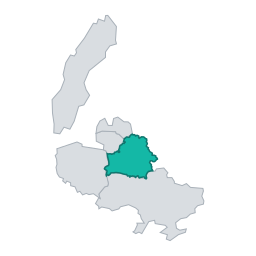 Belarus and the surrounding countries
{"feature_id": "BLR", "entity_name": "Belarus", "entity_type": "country or territory", "adm_level": 0, "iso_a3": "BLR", "parent_name": "Europe", "parent_adm1": "", "projection": "orthographic", "projection_center": [28.129, 53.705], "detail": "fine", "context": "with_neighbors", "style": "filled", "palette": "teal", "viewbox_px": 256, "rotation_deg": 0, "n_neighbors": 5, "source": "natural_earth", "source_scale": "50m", "svg_char_len": 6281}
<svg xmlns="http://www.w3.org/2000/svg" viewBox="0 0 256 256"><path d="M52.1,99.6L60.7,89.7L64.6,79.6L63.1,74.5L65.8,62.7L70.5,55.0L74.3,56.0L76.5,52.8L75.8,49.5L84.4,38.2L93.4,23.2L96.7,23.8L98.4,19.0L104.5,21.2L105.7,15.5L107.8,15.4L116.4,26.5L115.5,40.3L116.5,43.9L109.8,45.9L105.5,51.9L105.5,57.4L89.2,70.6L84.0,82.8L86.1,89.7L89.6,95.3L83.9,104.9L78.7,106.3L74.2,121.2L69.9,129.2L64.0,127.2L59.8,133.8L53.8,132.9L54.1,124.1L52.5,113.0L52.1,99.6Z" fill="#d9dde1" stroke="#a8b0b8" stroke-width="1"/><path d="M176.5,228.3L179.8,230.2L186.3,228.9L185.4,232.3L178.5,234.6L170.1,240.6L166.3,239.1L167.4,234.7L160.2,232.5L167.2,227.3L165.2,225.3L155.2,223.6L154.6,220.3L148.8,221.6L141.8,233.6L138.9,232.1L135.8,233.6L133.0,231.9L134.6,230.9L137.4,224.9L136.9,223.2L144.3,223.2L141.3,218.7L140.3,214.9L138.0,213.4L138.4,210.3L135.6,207.9L128.6,204.7L120.4,206.8L118.8,208.9L112.1,210.9L109.4,208.6L101.7,207.0L98.9,208.8L98.7,206.3L95.5,203.6L98.8,197.7L100.0,198.4L98.8,194.1L104.7,186.9L107.7,186.0L108.4,183.5L106.0,175.3L108.8,175.1L112.0,172.8L122.1,173.7L135.1,177.5L137.2,175.9L138.7,178.0L146.2,178.3L146.4,173.7L148.1,171.6L155.1,171.1L156.4,168.9L163.8,168.0L167.9,172.8L166.6,174.8L167.3,177.6L171.9,177.6L174.3,181.4L174.4,183.2L182.1,185.6L186.4,183.6L190.5,187.4L202.9,188.4L203.4,191.0L201.8,196.2L203.9,200.9L203.4,204.1L197.6,205.7L194.8,208.7L195.2,212.7L190.3,214.1L186.5,217.6L180.7,218.7L175.6,222.7L176.5,228.3Z" fill="#d9dde1" stroke="#a8b0b8" stroke-width="1"/><path d="M107.1,153.9L107.1,158.0L108.4,161.5L108.2,165.2L104.7,166.9L108.4,183.5L107.7,186.0L104.7,186.9L98.8,194.1L100.0,198.4L93.4,193.7L89.0,194.6L86.3,193.4L82.6,194.9L79.9,191.3L77.4,192.3L75.0,186.8L70.7,185.7L70.6,182.7L66.8,181.1L65.6,183.3L62.7,180.9L63.5,178.5L59.4,177.0L57.2,173.5L56.0,167.3L57.0,164.3L56.6,159.2L55.2,155.6L57.2,153.5L56.9,148.7L77.0,142.0L82.0,144.2L82.1,146.5L103.4,149.8L106.0,151.0L107.1,153.9Z" fill="#d9dde1" stroke="#a8b0b8" stroke-width="1"/><path d="M123.8,138.9L124.2,143.1L119.8,145.9L118.4,151.0L112.4,154.2L107.1,153.9L106.0,151.0L103.4,149.8L103.9,144.9L96.3,141.2L96.0,133.4L102.1,131.1L115.6,131.7L116.3,133.6L119.0,134.3L123.8,138.9Z" fill="#d9dde1" stroke="#a8b0b8" stroke-width="1"/><path d="M128.1,121.9L130.5,124.1L132.5,134.0L123.8,138.9L119.0,134.3L116.3,133.6L115.6,131.7L102.1,131.1L96.0,133.4L96.9,126.6L99.9,121.0L104.8,118.3L108.2,125.4L112.2,125.5L113.6,118.5L117.8,117.1L124.0,121.8L128.1,121.9Z" fill="#d9dde1" stroke="#a8b0b8" stroke-width="1"/><path d="M152.8,170.8L151.7,170.8L150.4,170.9L149.7,171.4L149.0,171.2L148.4,171.5L147.7,172.4L147.2,173.0L146.7,173.7L146.6,174.2L146.3,174.9L146.0,175.8L146.2,176.4L146.4,176.9L146.5,177.5L146.7,178.0L146.4,178.3L146.2,178.8L145.6,178.7L144.9,178.3L144.8,177.6L144.3,177.2L143.9,176.9L143.4,176.9L142.5,177.1L141.3,177.3L140.4,177.4L140.0,177.7L139.3,177.9L139.0,177.6L138.6,176.9L138.3,176.1L138.0,175.8L137.8,175.7L137.6,175.7L137.3,175.9L137.1,176.2L136.8,176.3L136.4,176.5L136.1,176.8L135.7,177.5L135.5,177.4L135.3,177.3L135.0,176.5L134.6,176.3L134.0,176.3L133.2,176.1L132.6,175.9L132.4,176.0L132.0,176.3L131.6,176.3L130.7,176.0L130.3,176.6L130.1,177.0L129.8,177.1L129.7,177.0L129.8,176.2L129.3,175.9L128.4,175.9L127.8,176.0L127.5,176.0L127.4,175.8L126.7,174.5L126.3,174.4L125.6,174.5L124.6,174.3L123.4,174.0L122.8,173.9L122.4,173.6L121.7,173.5L119.8,172.9L119.0,172.8L117.8,172.7L116.1,172.5L114.9,172.6L114.4,172.7L113.8,172.8L112.7,172.8L112.3,172.8L111.7,172.8L110.9,172.9L110.7,173.2L110.4,173.8L109.5,174.7L108.6,175.4L108.4,175.4L108.0,175.0L107.5,174.9L107.1,174.8L106.7,174.9L106.5,175.0L106.5,175.8L106.4,175.9L106.1,174.9L106.2,174.1L106.4,173.6L106.7,173.2L106.6,172.6L106.9,171.7L107.0,171.1L106.9,170.8L106.7,170.5L106.2,170.1L106.0,169.9L105.2,169.5L104.5,169.0L104.4,168.7L104.5,168.5L104.6,168.2L105.2,167.4L105.9,166.7L106.3,166.4L108.4,165.5L108.7,165.1L108.9,164.5L108.9,164.1L108.9,163.3L108.8,162.1L108.7,161.4L108.4,159.9L107.6,156.8L107.2,153.6L107.6,153.8L108.5,154.0L109.3,153.8L109.6,153.8L110.0,153.9L110.5,153.8L111.0,153.8L111.2,154.1L111.6,154.3L112.5,154.0L113.3,153.6L114.1,153.7L114.5,152.4L114.7,152.2L115.7,152.3L116.0,152.1L116.4,151.6L117.0,151.3L117.5,151.3L118.0,150.9L118.2,151.2L118.3,151.7L118.1,152.0L118.5,152.4L119.1,152.4L119.5,152.2L119.6,151.7L119.5,151.3L119.3,151.0L118.8,150.8L118.5,150.8L118.4,150.6L118.6,150.2L118.9,149.4L119.2,148.7L119.5,148.5L119.5,148.3L119.5,147.8L119.5,147.1L119.8,146.0L120.3,145.2L120.9,145.0L121.5,144.9L122.0,144.5L122.2,144.1L122.3,143.7L122.4,143.4L122.6,143.3L124.2,143.4L124.5,142.7L125.0,142.4L125.2,142.1L125.1,141.9L124.7,141.8L123.7,141.7L123.5,141.4L123.6,141.2L123.9,140.5L124.2,139.6L124.3,138.9L124.3,138.5L124.5,138.4L125.2,138.3L125.5,138.1L126.2,137.2L126.7,137.0L128.0,137.3L128.7,137.3L128.8,137.3L129.4,137.3L129.5,137.2L129.8,136.3L130.0,136.0L131.1,134.8L131.8,134.3L132.2,134.2L132.4,134.2L133.1,135.0L133.6,134.7L134.5,134.7L134.9,134.9L135.2,135.5L135.4,135.9L135.7,136.0L136.5,135.5L136.9,135.3L137.2,135.3L138.2,135.8L138.7,136.0L138.8,136.3L138.8,136.5L138.7,137.0L138.6,137.4L138.9,138.0L139.3,138.3L140.1,137.7L140.3,137.5L140.6,137.5L141.0,137.3L141.3,136.9L141.6,136.8L142.2,136.9L143.1,136.8L144.3,137.3L145.0,138.0L145.2,138.3L145.4,138.4L145.7,138.7L146.2,138.9L146.4,138.8L146.6,138.9L146.7,139.2L146.7,139.6L146.8,140.8L146.6,141.1L146.4,141.4L146.3,141.6L146.3,141.9L146.7,142.4L147.2,143.1L147.3,143.6L147.3,143.9L146.7,145.0L146.4,145.7L146.4,146.2L146.4,146.4L147.5,147.2L148.2,147.6L148.4,147.8L148.0,148.8L148.0,149.0L148.6,149.4L149.0,149.9L149.3,150.8L149.9,151.7L151.1,152.4L152.0,152.9L152.2,153.1L152.3,153.4L152.3,154.0L152.1,154.7L152.0,155.1L152.3,155.3L153.3,155.2L154.4,155.3L155.8,156.0L155.8,156.4L155.7,156.7L155.8,157.1L156.0,157.3L157.2,158.2L157.3,158.4L157.4,158.9L157.4,159.2L157.1,159.3L156.7,159.5L156.1,159.9L155.9,160.4L155.0,161.3L154.4,161.6L154.0,161.7L152.8,161.6L152.4,161.2L152.2,160.9L151.8,160.8L151.2,160.8L150.4,160.9L150.2,161.0L150.1,161.4L149.8,162.1L149.6,162.6L149.8,162.8L150.1,163.3L150.7,163.9L151.2,164.5L151.4,164.8L151.4,165.1L151.2,165.4L151.2,166.0L151.8,166.8L151.6,166.9L151.6,167.9L151.7,168.9L151.8,169.2L152.1,169.4L152.3,169.8L152.8,170.6L152.8,170.8Z" fill="#14b8a6" stroke="#0f766e" stroke-width="1.5"/></svg>